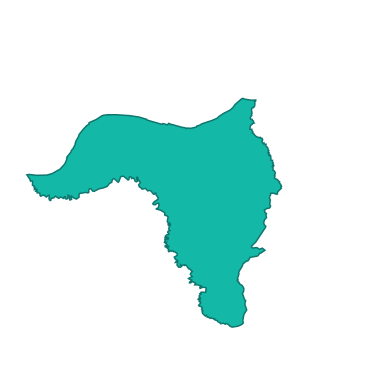 the district of Karawang, Jawa Barat, Indonesia, rotated 315°
{"feature_id": "22746128B53840275251202", "entity_name": "Karawang", "entity_type": "district", "adm_level": 2, "iso_a3": "IDN", "parent_name": "Indonesia", "parent_adm1": "Jawa Barat", "projection": "orthographic", "projection_center": [107.411, -6.265], "detail": "fine", "context": "isolated", "style": "filled", "palette": "teal", "viewbox_px": 384, "rotation_deg": 315, "n_neighbors": 0, "source": "geoboundaries", "source_scale": "gbopen_adm2", "svg_char_len": 6064}
<svg xmlns="http://www.w3.org/2000/svg" viewBox="0 0 384 384"><g transform="rotate(315 192 192)"><path d="M116.4,277.8L117.2,278.8L117.4,281.2L115.6,281.9L115.7,283.6L114.4,283.8L114.1,284.9L113.6,285.3L113.7,289.2L114.8,289.4L114.9,290.7L114.3,291.3L115.1,291.8L115.4,294.0L116.2,294.1L116.7,295.5L117.8,296.6L117.5,297.9L118.3,298.0L118.1,299.4L118.9,300.9L118.6,302.0L119.2,303.9L119.1,305.4L121.4,306.9L122.0,309.0L123.4,309.3L124.1,312.2L123.9,313.3L124.8,315.9L129.6,319.4L133.6,320.9L135.6,320.9L136.9,318.9L142.1,315.3L147.4,314.0L149.5,309.5L150.6,308.2L153.1,306.8L153.1,305.4L154.0,303.3L156.1,299.2L158.1,298.9L160.5,296.8L161.4,293.7L160.7,291.1L161.2,289.4L160.8,289.1L161.4,288.3L161.2,286.8L162.5,286.7L162.6,285.6L167.3,283.1L167.8,282.2L169.2,281.4L174.6,280.1L177.8,278.7L179.0,279.2L181.0,279.1L182.7,280.2L185.1,279.9L186.7,279.2L193.0,283.6L195.0,283.6L196.4,283.0L197.3,283.8L202.4,284.8L202.0,281.4L199.2,280.2L198.6,277.2L195.3,274.5L195.2,273.3L195.7,272.4L201.6,272.5L219.3,268.9L220.0,268.3L219.9,266.3L221.0,264.3L223.9,262.9L226.6,262.8L228.0,260.6L229.4,259.9L229.1,257.8L230.2,256.7L230.3,255.9L233.6,256.7L235.3,258.1L237.0,257.9L237.9,257.1L237.9,255.9L241.8,253.0L242.4,251.2L244.4,249.8L245.4,249.7L246.7,248.5L248.7,250.4L250.2,253.4L251.0,253.8L251.3,253.1L253.1,252.5L257.8,252.5L258.3,251.2L259.3,251.3L260.1,249.2L260.2,247.3L261.2,246.7L260.9,245.3L261.2,243.7L260.2,241.2L260.4,240.2L262.1,239.3L262.0,238.6L262.5,238.2L263.3,238.1L264.6,237.2L265.1,235.0L264.7,234.0L266.6,231.8L266.6,230.8L267.2,230.6L267.5,231.5L268.4,231.3L268.5,230.4L269.0,230.2L269.0,229.0L270.0,228.9L270.1,227.5L271.3,226.6L270.3,225.5L273.3,221.9L273.4,220.5L272.5,221.1L272.3,220.1L273.2,219.9L273.4,219.1L274.2,218.8L273.9,218.4L273.3,218.7L273.7,217.8L275.6,217.0L275.3,216.5L276.7,214.6L277.0,211.2L278.1,210.6L277.0,209.2L277.5,208.3L276.6,208.3L277.1,205.9L278.9,205.1L279.5,203.5L278.9,203.1L278.9,201.5L277.9,201.2L276.6,198.0L276.6,195.1L277.0,194.3L276.3,193.0L277.7,192.4L277.9,190.4L278.6,190.0L277.3,188.5L279.3,186.9L281.8,186.3L282.6,186.7L283.3,186.4L284.7,187.1L284.6,186.4L285.6,185.4L285.4,184.3L285.9,183.0L285.0,182.4L285.1,181.1L286.9,180.2L288.4,180.2L289.3,178.7L290.1,178.8L291.8,176.4L293.7,174.9L294.7,175.2L295.0,175.8L296.7,175.7L298.8,174.2L300.6,171.9L301.2,172.7L302.1,172.1L298.6,168.7L294.7,163.3L294.5,162.2L293.2,161.2L284.3,160.6L281.0,161.2L277.1,161.1L270.1,158.8L264.7,157.7L261.9,157.6L256.8,155.6L247.3,150.8L244.2,150.0L241.9,148.7L241.1,149.2L236.3,146.2L233.7,143.3L232.8,143.1L232.8,142.2L230.4,138.7L225.4,129.8L224.5,129.3L224.7,128.6L224.1,127.0L222.2,127.2L219.8,123.0L218.6,122.9L212.8,112.5L211.0,109.0L211.3,108.5L207.5,101.5L201.9,93.9L193.0,83.7L186.8,77.6L183.8,75.2L181.8,74.3L175.5,73.0L169.0,70.5L167.9,70.3L167.3,71.3L164.6,70.6L159.0,70.8L152.9,71.5L151.1,72.5L146.4,73.8L143.8,75.0L143.3,75.7L138.1,77.3L136.0,77.3L135.0,78.1L128.5,78.8L128.5,79.2L127.1,79.5L126.7,80.3L121.9,82.2L114.8,82.5L106.2,80.1L101.3,77.4L93.8,70.2L89.1,64.3L87.4,63.1L86.2,69.2L85.7,69.4L85.5,70.3L86.2,70.5L86.9,71.6L83.9,74.5L84.5,76.1L83.5,77.3L84.1,77.6L82.4,78.8L83.6,79.1L83.2,79.9L84.1,80.4L83.2,81.2L82.1,81.0L82.3,81.6L83.0,81.9L81.9,83.3L83.1,84.1L83.5,85.2L82.1,87.1L82.0,87.9L84.9,89.2L85.5,92.6L87.9,92.7L88.7,93.4L86.1,95.7L85.6,96.7L85.7,97.8L86.5,98.0L87.8,96.9L90.1,98.4L92.5,98.4L93.3,102.3L95.6,102.6L96.6,105.6L98.5,105.2L99.0,105.7L97.7,107.1L98.5,108.5L99.3,108.6L102.3,106.6L102.6,109.0L101.0,109.0L100.0,111.3L101.6,112.1L103.4,109.6L104.0,109.6L104.0,112.1L105.2,115.2L108.4,115.8L110.5,113.8L111.6,113.7L116.4,117.0L117.6,118.8L118.4,119.3L119.1,119.1L120.4,117.5L121.8,117.3L122.8,118.2L122.4,121.1L123.2,122.3L128.5,124.0L132.1,126.4L136.0,128.1L139.3,127.6L142.2,128.3L144.5,126.9L145.9,127.0L146.4,128.0L146.6,132.9L147.7,132.9L152.0,130.9L153.2,131.0L154.8,132.7L155.3,138.3L156.1,138.6L158.1,137.2L159.4,137.5L159.5,138.4L158.8,139.7L160.3,140.5L160.5,141.3L159.4,144.3L159.9,145.5L161.2,145.8L162.5,143.1L163.3,142.6L163.9,142.9L162.6,146.0L162.3,148.8L159.4,149.2L158.4,151.1L158.9,152.6L158.7,154.7L161.3,156.3L161.7,157.5L161.4,159.7L163.1,161.0L163.7,162.2L163.2,166.4L163.7,166.8L165.3,166.6L165.5,167.3L164.5,168.7L164.1,171.7L163.3,172.8L162.5,173.0L158.4,172.2L156.3,172.4L155.9,172.8L155.9,173.7L157.0,175.0L159.3,175.4L160.4,176.4L159.8,177.6L156.8,179.4L155.1,178.6L154.7,178.8L156.8,182.4L158.1,187.3L156.4,189.2L157.4,191.1L157.5,192.7L153.7,195.3L153.2,197.3L154.2,197.8L153.9,199.6L153.3,199.5L153.0,198.1L152.4,197.8L151.8,198.6L152.8,200.2L151.5,200.2L149.2,202.0L149.1,203.7L147.5,202.9L146.6,203.1L146.2,203.5L146.3,205.0L145.5,205.6L144.0,204.4L141.8,204.4L141.8,205.3L143.0,207.2L142.6,208.1L141.5,208.5L141.3,206.0L140.5,205.3L140.2,205.7L140.5,207.2L139.8,207.2L139.1,206.6L138.4,207.5L136.9,208.1L137.0,208.8L138.4,209.4L137.2,209.8L137.3,211.2L136.9,212.2L136.1,212.3L135.9,211.4L135.3,210.9L134.3,211.7L134.8,213.0L136.6,213.0L137.2,213.9L136.8,214.2L134.8,214.2L135.0,216.0L133.8,216.7L133.3,217.6L133.7,218.0L134.9,218.1L135.6,219.4L136.8,219.7L136.7,221.1L137.6,222.3L138.0,225.2L136.5,226.3L133.4,225.5L132.6,228.2L133.5,230.2L132.7,231.0L131.7,230.0L130.5,230.1L131.5,231.0L131.6,231.8L129.7,233.1L129.4,235.7L130.5,236.9L131.6,237.2L132.1,237.0L132.0,235.7L132.5,235.2L132.5,236.3L133.2,237.3L135.0,237.7L134.9,238.8L135.9,239.1L136.0,240.6L135.3,243.8L136.2,245.5L135.8,247.1L135.9,248.5L134.3,248.4L132.6,249.0L132.3,252.1L130.1,251.1L128.3,250.8L129.0,253.2L129.6,253.9L128.9,254.6L127.6,254.1L126.5,254.0L126.0,254.4L126.6,255.2L129.0,255.7L130.1,259.1L128.3,259.6L130.3,261.6L132.1,264.8L131.9,266.1L131.0,265.6L130.6,264.8L129.8,265.2L129.6,265.9L132.5,267.1L134.2,269.6L133.4,270.9L132.7,270.9L131.0,272.5L130.4,272.3L127.9,269.5L127.3,269.3L127.0,269.8L125.7,269.5L125.8,270.6L124.2,270.3L123.4,270.7L123.0,273.2L121.2,273.7L121.2,273.2L121.9,272.7L121.8,272.0L120.4,272.2L120.8,274.4L119.0,274.6L120.1,274.9L120.0,276.3L119.0,276.9L118.2,276.6L116.6,276.9L116.4,277.8Z" fill="#14b8a6" stroke="#0f766e" stroke-width="1.5"/></g></svg>